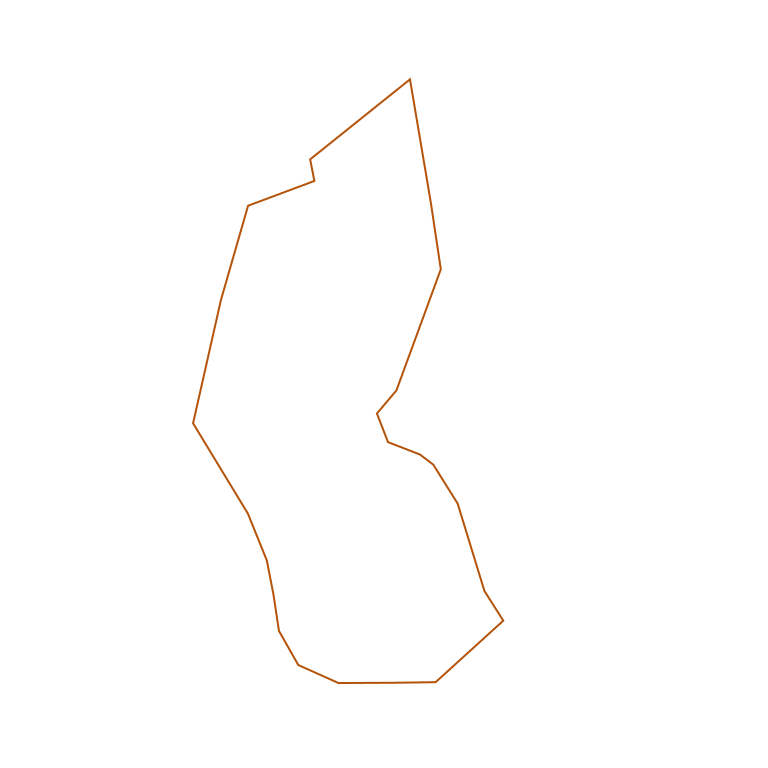 the district of Gangbuk-gu, Seoul, South Korea, rotated 16°
{"feature_id": "91817680B92844029998138", "entity_name": "Gangbuk-gu", "entity_type": "district", "adm_level": 2, "iso_a3": "KOR", "parent_name": "South Korea", "parent_adm1": "Seoul", "projection": "natural_earth1", "projection_center": [127.017, 37.641], "detail": "fine", "context": "isolated", "style": "outline", "palette": "amber", "viewbox_px": 768, "rotation_deg": 16, "n_neighbors": 0, "source": "geoboundaries", "source_scale": "gbopen_adm2", "svg_char_len": 464}
<svg xmlns="http://www.w3.org/2000/svg" viewBox="0 0 768 768"><g transform="rotate(16 384 384)"><path d="M211.3,474.4L288.9,546.1L320.0,585.9L335.6,616.5L351.1,650.3L379.1,677.8L422.6,684.0L475.4,668.6L515.8,656.4L563.9,578.6L537.6,555.3L487.8,478.7L453.7,448.0L438.1,441.9L403.9,438.8L385.3,414.3L397.7,386.8L407.0,258.1L379.1,196.9L325.0,84.0L251.1,188.4L261.1,208.0L204.2,250.1L204.1,348.2L211.3,474.4Z" fill="none" stroke="#b45309" stroke-width="2"/></g></svg>